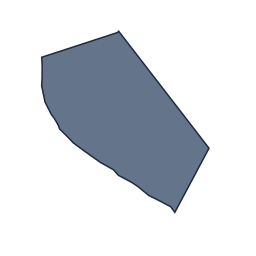 the district of Georgeville, Castries, Saint Lucia, rotated 71°
{"feature_id": "8701671B52064180240109", "entity_name": "Georgeville", "entity_type": "district", "adm_level": 2, "iso_a3": "LCA", "parent_name": "Saint Lucia", "parent_adm1": "Castries", "projection": "robinson", "projection_center": [-60.984, 14.013], "detail": "fine", "context": "isolated", "style": "filled", "palette": "slate", "viewbox_px": 256, "rotation_deg": 71, "n_neighbors": 0, "source": "geoboundaries", "source_scale": "gbopen_adm2", "svg_char_len": 480}
<svg xmlns="http://www.w3.org/2000/svg" viewBox="0 0 256 256"><g transform="rotate(71 128 128)"><path d="M85.0,87.9L33.5,105.3L34.3,106.9L33.0,186.5L42.1,189.2L52.9,193.0L60.0,195.9L76.4,198.0L89.6,196.2L95.2,194.5L102.9,193.0L106.6,193.0L118.0,187.4L124.2,184.6L135.0,177.2L151.7,165.2L162.8,155.3L169.6,152.5L181.0,141.9L186.6,137.7L198.6,130.3L209.4,119.7L212.5,116.9L216.2,113.3L223.0,111.2L173.5,58.0L85.0,87.9Z" fill="#64748b" stroke="#1e293b" stroke-width="1.5"/></g></svg>